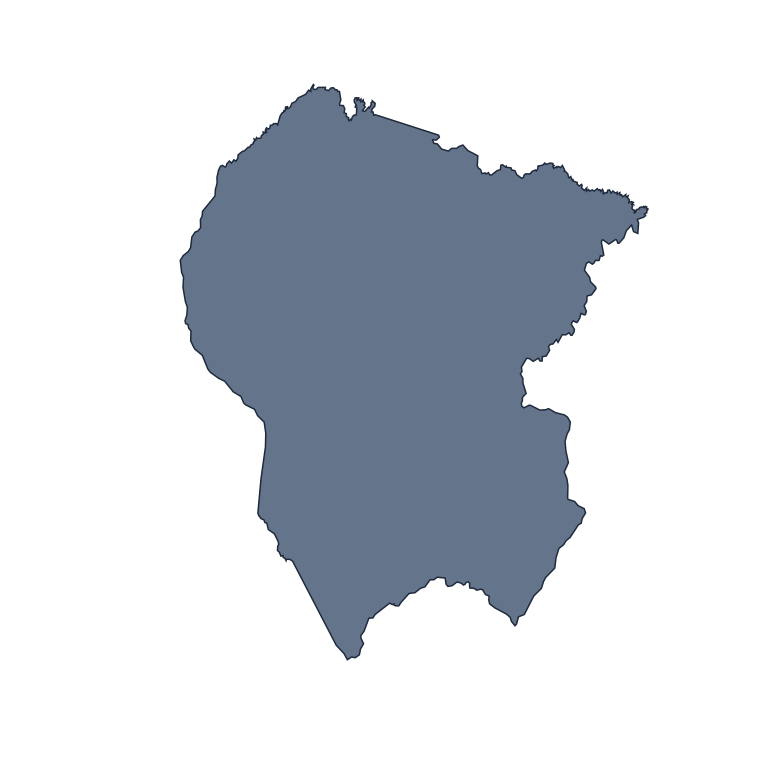 outline of Snuol, Krâchéh, Cambodia, rotated 202°
{"feature_id": "14789045B73173825322549", "entity_name": "Snuol", "entity_type": "district", "adm_level": 2, "iso_a3": "KHM", "parent_name": "Cambodia", "parent_adm1": "Krâchéh", "projection": "equal_earth", "projection_center": [106.435, 12.231], "detail": "fine", "context": "isolated", "style": "filled", "palette": "slate", "viewbox_px": 768, "rotation_deg": 202, "n_neighbors": 0, "source": "geoboundaries", "source_scale": "gbopen_adm2", "svg_char_len": 6171}
<svg xmlns="http://www.w3.org/2000/svg" viewBox="0 0 768 768"><g transform="rotate(202 384 384)"><path d="M204.5,638.1L206.2,639.0L204.5,641.2L205.1,642.3L204.7,645.1L205.4,645.2L205.4,644.3L206.8,645.4L206.8,646.6L208.2,646.6L208.7,645.3L209.6,645.9L209.9,644.6L211.3,644.8L213.2,643.3L212.7,642.2L214.9,640.6L215.2,637.0L216.1,636.5L216.6,639.1L218.0,638.6L220.1,639.8L220.1,641.7L221.5,643.4L219.9,643.7L221.6,644.7L220.9,645.8L223.0,645.8L224.9,643.8L225.4,646.5L228.1,648.0L228.2,649.8L229.4,648.2L230.4,648.7L230.7,650.2L233.0,646.9L234.6,648.5L235.9,647.5L237.0,649.9L238.8,647.3L239.7,649.2L241.0,647.7L244.1,648.7L245.0,646.0L247.7,648.4L249.2,647.4L248.8,644.7L250.5,644.4L251.5,642.6L252.3,642.6L252.7,644.7L254.3,646.3L255.3,643.7L256.6,645.1L258.1,644.3L259.4,645.0L261.4,641.6L263.6,642.0L265.5,640.0L267.1,640.9L268.4,638.7L269.5,641.8L270.7,638.6L274.2,639.7L274.6,642.2L275.6,643.1L277.3,640.7L279.8,641.6L280.3,643.3L285.1,643.0L285.3,644.3L286.2,643.7L288.5,646.3L289.4,644.5L290.1,644.7L292.4,647.7L295.7,649.2L296.5,648.7L297.0,650.4L300.5,653.4L301.5,650.7L303.4,651.1L304.9,649.4L305.3,650.2L307.4,647.6L308.8,648.7L308.1,650.2L309.3,650.3L309.9,651.7L312.3,651.3L316.4,648.2L317.7,649.1L318.8,646.4L322.9,643.7L322.0,641.2L322.6,638.6L323.7,639.1L326.2,636.8L327.3,633.5L331.5,631.8L332.4,629.9L332.1,627.9L333.2,626.3L339.3,627.8L342.6,630.9L345.5,630.2L347.3,632.0L351.9,630.7L352.3,631.7L353.0,630.8L356.1,631.7L357.6,630.7L356.4,626.3L359.0,624.3L362.6,618.1L364.4,617.5L366.3,619.1L368.1,617.0L369.4,617.6L372.0,615.7L374.8,619.0L377.7,619.7L379.4,621.6L382.5,630.7L393.6,631.8L400.4,635.1L403.5,632.3L404.8,629.8L409.7,627.7L411.5,624.1L418.5,623.4L424.4,626.6L428.1,625.9L430.4,628.7L427.0,629.7L425.1,633.5L426.6,635.2L493.0,630.4L494.2,629.4L496.1,632.1L497.5,631.6L498.0,634.8L496.6,637.9L497.3,640.9L501.0,642.2L500.5,640.9L501.4,639.8L500.5,638.0L501.0,634.4L502.0,634.9L503.9,629.5L506.4,629.3L505.2,633.9L507.2,635.0L506.7,636.5L507.7,637.9L509.0,637.6L509.7,639.6L511.2,637.1L512.1,639.5L513.0,637.8L513.9,638.0L514.6,639.9L515.5,639.4L515.4,637.3L516.6,639.2L518.0,638.3L518.0,636.1L517.2,634.4L513.7,631.8L514.6,631.2L514.4,629.9L512.6,629.7L510.8,624.1L510.8,622.6L512.3,622.3L513.4,620.2L513.2,616.4L514.4,616.9L514.9,614.9L516.4,616.0L516.5,617.7L519.1,617.9L520.2,620.6L522.6,620.5L523.5,624.5L526.0,626.9L529.4,625.8L530.2,627.1L530.4,631.1L534.9,638.6L536.7,638.0L537.8,639.2L539.1,638.5L541.7,639.7L543.9,638.8L545.4,635.2L548.9,635.0L549.4,637.1L555.2,634.8L556.4,634.1L557.1,631.8L559.8,630.8L561.0,632.2L560.9,634.8L561.7,635.2L562.4,630.3L561.5,627.9L563.9,628.3L565.2,623.2L570.8,617.1L571.8,612.8L574.6,609.7L574.5,606.2L575.7,603.9L577.3,602.6L577.4,604.9L579.0,604.0L578.1,600.5L578.3,599.6L579.2,599.8L579.1,598.1L580.0,597.2L580.7,593.8L579.7,584.3L581.5,585.1L584.0,584.0L584.4,582.4L586.3,581.2L585.7,578.5L586.7,577.1L588.9,577.5L589.1,575.3L588.1,575.3L588.7,573.9L587.2,573.4L588.2,572.1L590.4,572.4L589.6,570.4L590.7,568.3L590.3,565.9L593.4,564.2L594.5,564.7L594.4,562.3L596.2,562.5L595.0,560.8L595.7,559.0L595.2,558.0L597.1,555.4L597.2,553.1L598.6,552.7L600.8,547.8L602.3,546.8L605.1,541.9L604.1,538.4L604.7,535.2L607.1,535.6L608.1,531.7L610.9,532.8L612.2,529.3L611.9,526.8L612.8,525.6L615.9,526.1L617.2,524.6L617.5,520.3L616.3,513.1L613.9,507.4L613.2,501.2L611.1,495.0L616.9,476.3L615.5,471.2L615.8,467.7L612.6,460.2L613.8,456.3L616.1,454.0L617.2,448.3L614.4,437.9L615.0,433.6L618.2,428.0L619.2,422.3L613.4,411.6L609.9,408.0L606.5,398.2L599.0,386.0L595.1,381.5L592.6,374.1L592.2,368.2L590.6,365.7L588.2,365.7L585.8,362.4L582.8,360.8L579.4,351.6L575.1,347.6L572.3,345.4L563.3,342.6L552.8,331.8L549.2,329.7L539.2,327.3L532.7,326.9L521.0,320.3L511.9,318.8L506.8,313.7L504.3,312.8L494.6,312.1L489.3,307.3L480.8,303.7L475.2,294.1L470.3,281.1L462.6,250.3L452.6,217.1L451.1,215.3L447.6,213.1L444.5,213.1L442.5,210.9L440.6,211.2L436.7,205.7L429.4,204.0L422.9,198.1L421.5,195.5L421.8,193.8L420.4,189.7L418.0,188.8L415.1,185.8L413.2,187.1L412.5,185.5L410.3,185.1L408.6,183.5L408.7,185.0L405.8,186.1L402.5,185.6L330.4,123.9L319.9,119.0L314.7,114.6L311.8,118.7L308.2,119.4L305.4,123.7L306.5,129.5L305.7,135.6L310.2,139.7L311.2,142.2L309.9,147.2L310.3,161.2L306.7,162.9L305.9,167.0L296.7,182.9L293.7,182.6L292.2,183.8L291.6,182.6L290.2,182.7L287.2,183.8L286.3,188.2L282.3,199.2L277.1,202.1L273.6,208.3L270.1,211.2L267.9,219.8L264.5,221.1L262.2,224.8L254.6,227.0L251.5,221.7L248.9,220.3L245.3,222.5L242.1,227.8L237.7,228.3L235.2,227.3L233.9,228.5L233.4,231.0L231.9,232.1L230.2,231.5L228.1,227.0L223.4,228.3L220.8,227.5L217.6,229.9L215.5,230.2L211.1,226.8L207.1,226.8L206.0,223.1L203.7,219.7L197.1,217.9L184.5,216.6L179.5,214.9L176.9,211.6L172.0,208.9L171.2,211.1L172.1,218.5L167.6,222.8L165.7,243.6L161.5,253.4L162.1,260.6L161.6,265.2L156.7,277.3L159.5,287.7L160.2,297.2L157.3,302.1L156.4,307.1L154.0,311.3L151.0,326.3L149.0,328.8L149.9,333.3L148.8,339.9L151.7,343.4L158.4,343.9L163.3,346.5L170.1,346.0L170.9,346.8L175.6,359.1L179.1,364.9L183.9,370.0L183.6,380.2L190.5,390.5L194.7,398.8L195.5,406.2L195.0,411.1L197.0,418.5L201.4,422.0L204.9,422.9L214.3,421.7L222.2,422.8L224.6,420.6L229.7,418.2L240.0,419.1L241.5,418.7L245.2,414.4L247.7,414.9L249.4,417.3L249.4,420.3L250.6,423.5L248.7,428.6L255.4,436.7L257.3,441.2L261.4,444.6L260.7,447.2L262.9,451.1L261.4,461.2L258.8,462.0L254.2,460.9L250.4,465.8L248.2,463.8L246.0,464.5L247.4,468.6L244.0,470.8L243.1,477.4L245.5,480.3L244.5,483.2L242.4,484.3L240.8,489.8L238.2,487.8L237.2,496.5L234.0,497.6L231.5,500.9L229.1,499.2L227.8,499.8L227.3,503.7L228.0,506.1L232.6,509.4L232.8,511.9L232.1,513.5L228.5,513.1L227.8,514.1L227.2,518.5L227.8,523.3L224.2,523.1L223.3,523.9L223.6,527.2L227.8,531.7L226.9,536.5L228.4,540.6L228.4,541.9L225.0,544.4L223.1,551.6L224.0,553.2L230.7,556.1L233.3,559.9L240.8,564.6L241.5,571.5L239.8,574.0L235.7,573.1L234.5,575.2L234.3,577.8L230.9,579.1L231.4,584.0L229.5,584.2L228.5,585.9L235.5,596.7L235.8,599.0L235.0,599.7L227.9,598.0L223.3,604.8L222.1,604.6L220.0,602.2L218.8,602.6L216.4,609.3L216.7,616.9L214.0,624.1L209.7,618.8L205.1,618.7L208.3,628.7L210.8,631.5L205.7,635.9L204.5,638.1Z" fill="#64748b" stroke="#1e293b" stroke-width="1.5"/></g></svg>